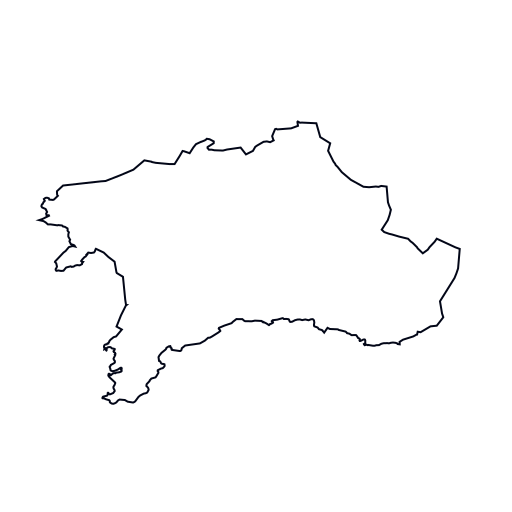 Konstantinovas pag., Dagdas, Latvia (Natural Earth projection), rotated 343°
{"feature_id": "27541924B71818546023925", "entity_name": "Konstantinovas pag.", "entity_type": "district", "adm_level": 2, "iso_a3": "LVA", "parent_name": "Latvia", "parent_adm1": "Dagdas", "projection": "natural_earth1", "projection_center": [27.393, 56.066], "detail": "fine", "context": "isolated", "style": "outline", "palette": "ink", "viewbox_px": 512, "rotation_deg": 343, "n_neighbors": 0, "source": "geoboundaries", "source_scale": "gbopen_adm2", "svg_char_len": 5941}
<svg xmlns="http://www.w3.org/2000/svg" viewBox="0 0 512 512"><g transform="rotate(343 256 256)"><path d="M65.2,213.3L67.6,213.8L70.9,211.6L71.4,211.5L75.8,211.7L76.5,212.5L78.5,212.8L80.3,212.3L82.3,212.4L84.7,213.4L87.2,212.9L87.6,212.1L88.9,211.1L87.7,210.5L87.3,209.7L88.9,208.5L91.7,206.9L92.9,206.7L94.9,205.3L94.5,205.0L96.6,203.7L99.1,204.9L102.0,205.3L103.2,204.5L104.6,202.6L105.0,202.3L111.4,208.2L114.5,213.7L119.1,220.1L117.8,230.7L117.9,231.6L122.7,237.0L118.2,259.4L117.4,264.8L117.9,265.0L117.1,265.3L109.5,273.3L102.0,282.7L106.2,287.1L98.7,292.0L96.1,292.0L94.2,292.8L92.4,293.5L90.9,294.5L90.3,295.4L89.4,295.9L89.2,296.5L88.2,296.3L87.4,296.9L86.7,296.6L85.5,296.7L84.8,297.1L84.2,298.0L84.0,299.0L84.9,299.9L84.5,300.3L83.9,300.4L83.7,300.8L84.2,300.7L84.8,300.9L85.1,302.4L85.3,302.7L85.5,302.6L86.2,300.7L86.6,300.3L87.9,300.0L89.5,300.3L90.3,300.7L91.3,302.3L93.0,303.1L93.7,303.8L93.2,304.5L91.9,305.4L92.0,306.3L92.9,307.3L93.0,308.4L92.4,308.8L92.6,309.0L92.5,309.5L89.8,312.4L89.7,313.4L90.3,315.2L90.0,316.3L89.7,316.7L88.5,317.1L85.4,317.7L84.6,318.6L83.8,318.9L83.6,319.3L83.7,321.0L83.5,322.6L83.7,323.1L85.0,324.2L87.1,324.5L90.7,324.2L93.7,323.3L94.5,323.5L94.7,323.9L94.2,324.3L94.4,324.8L93.7,325.2L94.0,326.3L93.9,326.7L93.3,327.1L91.1,327.2L88.3,326.7L87.2,327.0L86.1,326.5L85.3,326.5L84.3,326.7L82.2,327.6L81.5,327.0L81.6,326.0L80.9,325.6L80.6,325.7L79.9,326.8L79.9,327.7L80.5,329.2L84.2,335.7L84.3,336.3L83.0,338.0L81.5,339.3L81.2,340.0L81.1,341.0L81.5,342.8L81.4,343.8L79.4,345.3L76.2,345.6L75.4,345.4L75.0,344.8L74.8,343.7L74.5,343.5L74.1,343.7L73.7,345.2L72.7,346.0L68.7,345.8L68.3,346.0L68.1,346.6L67.6,346.9L67.7,347.2L69.0,347.7L70.7,349.2L73.5,351.0L73.8,352.0L73.5,353.0L73.8,353.7L75.0,355.0L76.3,355.6L77.8,355.6L79.6,355.2L81.8,353.8L83.6,353.4L88.5,355.4L90.7,357.8L95.6,360.2L97.1,360.0L98.1,359.6L102.4,356.4L104.5,355.5L108.4,354.8L110.3,355.0L111.6,354.9L112.3,354.5L114.1,352.7L114.3,352.2L114.3,350.6L113.7,349.1L113.2,348.5L113.4,347.5L114.1,346.5L117.5,344.6L118.0,343.9L120.1,342.6L124.4,342.7L125.4,342.0L128.5,339.2L128.7,338.4L128.3,337.2L128.7,336.5L132.2,335.9L134.0,336.0L135.7,335.1L136.5,334.4L136.8,332.8L136.2,332.3L134.7,331.7L133.9,330.9L133.6,328.8L132.6,328.0L133.2,324.2L134.5,322.9L137.3,321.0L142.0,319.1L142.9,318.5L143.4,317.7L144.2,317.4L146.3,316.9L147.7,317.1L147.8,317.5L147.4,317.9L147.4,318.3L147.9,319.1L148.2,319.3L148.3,320.3L147.9,320.8L148.1,321.2L155.3,324.6L156.2,324.7L157.2,324.1L158.1,322.5L162.1,320.9L176.8,323.2L182.3,322.0L186.3,320.2L188.0,320.6L190.4,320.1L197.8,318.1L199.9,317.3L200.0,316.8L199.1,314.6L199.6,313.9L205.4,313.3L213.0,313.1L214.6,312.2L218.8,310.6L224.5,312.4L225.8,314.5L226.6,315.2L233.0,317.2L236.1,317.5L242.2,319.7L243.4,321.5L244.3,321.9L244.3,321.7L246.3,323.6L248.2,325.9L248.6,325.8L249.4,325.2L251.1,325.2L252.8,324.7L252.8,324.0L252.0,323.2L252.0,322.9L253.2,322.3L257.8,323.1L263.2,323.2L263.8,323.6L264.2,324.4L266.8,325.1L268.7,326.0L268.9,326.4L269.1,328.5L269.4,329.0L269.9,329.2L271.4,329.4L274.5,328.8L277.1,328.9L279.4,329.5L281.4,330.8L284.6,331.1L287.5,332.8L290.1,332.6L291.8,333.0L292.4,333.9L292.6,334.6L292.3,336.7L291.4,338.5L291.1,339.6L291.2,340.3L294.0,342.4L294.8,344.4L297.3,346.0L297.9,346.8L297.9,347.4L298.3,347.9L298.8,349.2L303.4,345.6L305.3,347.4L312.4,349.9L313.2,350.4L313.5,350.9L319.6,354.5L320.4,355.9L320.5,356.4L322.6,357.6L324.2,359.6L328.4,360.8L328.7,361.1L329.3,362.8L329.6,364.2L330.3,364.7L331.0,365.9L330.3,367.0L330.4,367.6L331.2,367.8L334.1,367.3L335.1,367.4L335.7,367.8L335.8,368.7L335.0,371.3L333.4,371.7L333.4,372.1L333.9,373.1L335.7,373.1L336.9,374.0L337.4,373.9L341.6,376.0L343.2,376.5L345.1,376.5L347.5,377.2L350.1,376.6L352.4,376.7L356.4,377.8L357.6,378.4L359.5,378.4L361.7,378.8L364.2,379.9L365.5,380.9L365.7,381.6L367.6,382.5L368.2,380.1L372.1,379.0L382.9,378.9L386.6,378.1L387.1,378.2L388.5,375.7L391.1,377.0L402.3,374.3L408.5,375.5L416.7,369.7L417.2,369.3L417.1,365.4L418.7,353.1L439.4,335.1L442.5,331.3L445.6,327.0L452.9,308.8L449.2,306.0L433.9,292.3L431.0,294.6L424.5,298.3L422.1,300.2L416.3,302.2L412.8,295.9L412.6,294.8L410.7,291.2L409.6,289.2L408.1,287.2L406.5,284.0L398.4,279.2L392.4,275.2L389.8,273.7L385.6,270.6L383.9,267.6L392.5,260.3L395.7,255.9L398.5,251.2L398.0,246.6L397.9,243.2L401.2,227.8L396.2,225.6L393.4,225.7L390.9,224.6L384.3,223.3L379.0,221.2L369.0,210.9L362.6,201.0L360.0,194.5L358.8,192.4L358.6,190.8L357.7,188.4L355.7,176.5L359.9,169.9L352.2,161.1L352.5,146.7L338.8,141.8L337.0,141.4L335.3,139.6L334.8,139.9L334.2,143.8L326.9,144.2L313.5,141.2L312.5,140.3L311.3,140.3L306.5,146.1L306.5,149.3L306.7,150.6L302.8,151.3L299.9,149.6L296.6,149.0L289.3,150.7L287.2,151.4L283.8,154.6L276.1,155.9L273.0,147.8L259.4,145.7L255.2,145.5L247.1,142.7L244.6,141.3L242.1,140.6L241.2,138.5L241.6,137.6L248.5,135.8L249.1,134.1L245.8,130.8L243.2,129.5L241.9,130.2L240.5,130.5L237.0,130.8L236.9,130.7L231.3,131.5L227.8,133.9L222.6,138.3L217.8,134.8L216.5,134.1L212.3,138.0L205.0,144.3L199.9,142.7L187.4,137.6L183.9,135.7L183.7,135.3L177.2,131.9L164.0,137.6L149.8,139.1L134.1,140.3L129.7,139.3L92.1,132.2L84.7,135.8L84.4,136.4L83.8,139.0L83.8,139.9L84.1,140.5L79.4,142.9L78.2,143.0L74.8,141.6L74.8,140.3L73.6,139.4L72.6,139.0L71.6,138.9L69.8,139.5L69.9,141.1L70.1,141.5L69.7,141.9L68.3,142.5L67.5,143.7L66.5,144.0L65.7,144.9L65.3,145.9L65.7,147.1L68.5,149.5L68.8,150.7L68.7,150.8L69.1,152.8L67.7,154.1L67.6,155.9L69.7,156.4L69.8,157.0L62.4,158.2L59.1,158.3L63.0,160.5L64.7,162.4L66.2,164.9L69.0,165.8L75.0,168.6L75.9,168.6L79.2,170.0L79.7,170.4L80.0,171.3L81.7,172.2L83.8,174.5L83.7,175.4L83.2,176.5L83.3,177.1L84.0,178.6L82.9,180.3L82.2,182.6L83.0,186.1L81.9,187.3L82.4,190.5L84.9,192.2L85.5,193.0L85.8,194.1L84.1,193.1L83.1,192.8L79.6,192.8L75.5,195.5L72.8,196.5L62.3,202.5L62.0,202.9L62.8,204.6L62.6,207.9L61.7,209.0L60.7,209.8L60.4,210.5L60.5,211.2L60.6,211.6L61.0,211.9L62.7,212.0L65.2,213.3Z" fill="none" stroke="#020617" stroke-width="2"/></g></svg>